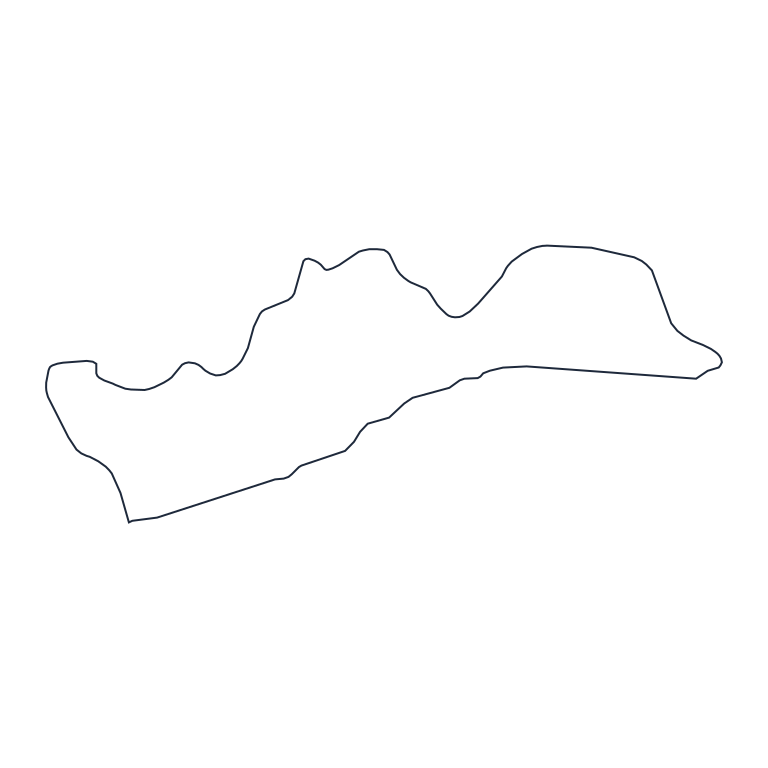 the border of Greater Accra
{"feature_id": "GHA-2172", "entity_name": "Greater Accra", "entity_type": "Region", "adm_level": 1, "iso_a3": "GHA", "parent_name": "Ghana", "parent_adm1": "", "projection": "mercator", "projection_center": [0.02, 5.749], "detail": "fine", "context": "isolated", "style": "outline", "palette": "slate", "viewbox_px": 768, "rotation_deg": 0, "n_neighbors": 0, "source": "natural_earth", "source_scale": "10m", "svg_char_len": 1987}
<svg xmlns="http://www.w3.org/2000/svg" viewBox="0 0 768 768"><path d="M696.1,378.7L526.6,366.4L503.0,367.6L489.9,370.7L483.2,373.3L480.4,376.6L477.7,378.1L464.4,378.7L459.8,380.3L449.4,387.8L412.6,397.8L404.2,403.5L389.1,417.6L367.7,423.7L360.1,431.8L354.0,441.8L345.1,450.9L301.4,465.6L298.9,467.1L291.7,474.3L288.5,476.9L283.7,478.6L275.0,479.4L157.1,517.6L132.3,520.8L128.9,522.4L120.5,493.0L111.8,473.5L109.3,470.3L105.8,466.7L98.3,461.3L89.7,456.8L86.7,455.9L81.3,453.4L76.5,449.6L68.4,437.3L48.0,397.0L46.8,392.8L46.3,390.4L46.1,387.4L46.2,382.6L48.5,370.6L49.1,368.9L50.0,367.1L51.4,366.0L52.7,365.3L57.4,363.7L63.0,362.7L86.7,360.9L92.8,361.7L96.3,363.8L96.3,373.3L97.3,375.8L99.2,377.7L104.3,380.5L112.8,383.6L115.4,384.9L125.3,388.7L130.9,389.5L144.6,390.0L149.1,389.0L154.4,387.2L163.8,382.6L168.4,379.8L171.7,377.3L182.1,364.7L185.0,363.2L188.6,362.4L194.9,363.3L198.5,364.9L201.4,367.0L203.3,368.9L205.4,370.7L210.1,373.5L215.8,375.4L220.1,375.1L225.1,373.8L232.8,369.2L236.8,366.0L239.5,363.2L241.2,361.1L242.6,358.8L247.9,348.1L253.8,326.8L259.9,314.0L262.0,311.4L264.9,309.5L288.0,300.1L292.2,296.7L294.3,293.4L303.4,261.2L305.4,259.2L308.6,258.6L314.6,260.7L318.1,262.6L320.8,264.7L324.6,269.1L326.4,269.9L328.3,269.7L332.6,268.3L339.1,265.1L358.9,251.7L362.9,250.5L369.3,249.2L377.0,249.2L384.0,249.9L387.5,252.1L389.6,254.5L396.9,269.8L400.1,274.1L404.0,277.8L408.4,281.0L410.8,282.4L425.9,288.9L428.3,291.2L430.0,293.4L437.2,304.7L440.7,308.6L446.4,314.1L448.6,315.7L451.6,316.8L455.0,317.3L459.4,317.0L462.5,316.0L469.7,311.5L478.1,303.6L501.9,276.5L506.2,268.2L507.9,265.8L511.7,261.6L522.0,254.0L531.6,248.7L537.0,247.0L542.5,245.9L546.3,245.7L546.7,245.6L591.4,247.7L634.2,257.3L641.8,261.0L646.3,264.5L651.9,270.4L671.2,323.3L677.4,330.9L683.5,335.6L691.2,340.4L703.0,345.0L710.9,348.9L715.4,352.0L717.5,353.7L719.4,355.8L721.0,358.5L721.9,362.3L720.4,365.4L718.7,367.5L707.7,370.8L696.1,378.7L696.1,378.7Z" fill="none" stroke="#1e293b" stroke-width="2"/></svg>